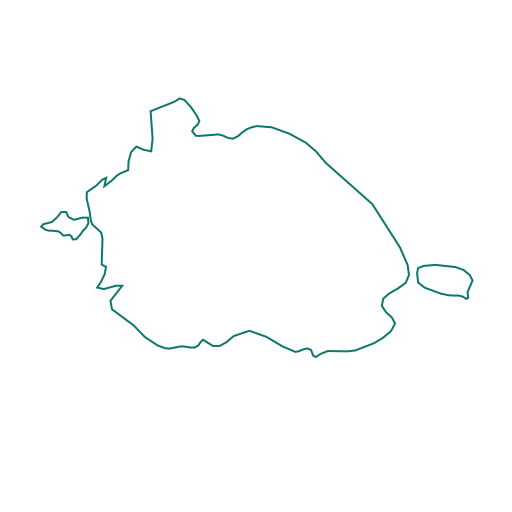 an SVG outline of Bohol, rotated 226°
{"feature_id": "PHL-2513", "entity_name": "Bohol", "entity_type": "Province", "adm_level": 1, "iso_a3": "PHL", "parent_name": "Philippines", "parent_adm1": "", "projection": "natural_earth1", "projection_center": [124.255, 9.856], "detail": "fine", "context": "isolated", "style": "outline", "palette": "teal", "viewbox_px": 512, "rotation_deg": 226, "n_neighbors": 0, "source": "natural_earth", "source_scale": "10m", "svg_char_len": 1935}
<svg xmlns="http://www.w3.org/2000/svg" viewBox="0 0 512 512"><g transform="rotate(226 256 256)"><path d="M410.2,249.1L404.1,253.3L412.1,263.0L433.4,280.8L423.5,304.8L422.4,310.5L418.1,312.9L408.3,312.6L398.2,310.9L392.4,309.0L391.0,305.2L391.3,300.4L390.1,296.8L384.3,296.2L381.6,298.8L369.5,313.5L365.7,315.8L360.8,317.7L356.5,320.7L354.7,326.3L354.4,332.4L353.6,337.4L351.8,341.9L349.0,346.7L337.7,356.7L320.7,365.0L303.1,370.5L289.7,371.8L274.3,370.9L212.5,375.7L162.1,365.5L144.2,358.8L136.1,352.9L132.7,345.2L134.1,335.2L136.5,325.9L136.9,317.9L132.7,311.9L125.5,310.5L117.4,311.0L110.9,309.2L108.2,301.1L109.0,290.3L111.3,280.4L119.0,261.9L124.1,255.3L137.7,241.7L140.6,234.8L141.8,228.8L144.7,227.9L150.1,230.3L153.9,228.7L156.0,225.1L157.6,220.9L159.7,217.7L172.5,212.3L190.7,207.3L206.9,199.2L213.9,184.3L214.5,174.9L216.5,167.5L221.0,162.6L232.6,159.7L232.6,156.5L231.7,152.4L232.7,148.4L235.8,145.2L240.9,141.4L243.3,139.0L249.5,129.4L252.9,126.5L259.7,123.2L274.8,119.8L290.9,119.8L317.7,115.4L324.9,120.2L327.5,139.0L331.8,134.8L337.9,123.6L343.6,119.8L344.9,126.0L348.1,134.6L352.4,140.6L357.0,139.0L375.0,157.5L380.3,160.9L392.3,160.2L396.3,161.8L403.5,167.2L415.0,174.1L419.4,178.7L417.6,190.1L417.7,198.4L416.3,202.5L411.5,195.4L410.5,204.2L410.5,211.4L409.8,215.4L406.6,223.8L412.6,230.0L417.5,238.4L417.8,245.9L410.2,249.1ZM124.1,354.1L131.6,359.8L134.7,364.2L132.4,369.7L125.2,378.7L109.5,391.8L101.9,395.5L93.9,396.6L87.9,394.7L83.1,383.2L78.6,379.6L79.0,377.6L83.7,376.3L87.1,374.0L89.8,371.1L94.2,367.1L100.6,362.8L115.9,355.4L124.1,354.1ZM426.6,125.1L422.2,132.9L422.0,139.8L422.9,146.4L419.5,150.0L414.3,148.2L408.5,150.2L404.1,157.9L400.3,161.7L396.0,158.2L394.4,153.4L394.4,149.6L393.4,144.4L393.0,138.2L395.3,135.7L398.4,136.9L401.0,136.4L402.9,133.5L404.8,131.4L407.1,131.7L410.9,131.0L416.0,126.8L418.4,124.3L421.0,122.9L426.3,121.8L426.6,125.1Z" fill="none" stroke="#0f766e" stroke-width="2"/></g></svg>